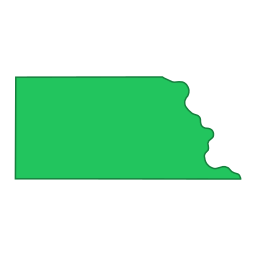 the district of Richardson, Nebraska, United States of America
{"feature_id": "52423323B40677029402754", "entity_name": "Richardson", "entity_type": "district", "adm_level": 2, "iso_a3": "USA", "parent_name": "United States of America", "parent_adm1": "Nebraska", "projection": "robinson", "projection_center": [-95.464, 40.131], "detail": "fine", "context": "isolated", "style": "filled", "palette": "green", "viewbox_px": 256, "rotation_deg": 0, "n_neighbors": 0, "source": "geoboundaries", "source_scale": "gbopen_adm2", "svg_char_len": 1139}
<svg xmlns="http://www.w3.org/2000/svg" viewBox="0 0 256 256"><path d="M86.7,178.8L86.8,178.8L87.9,178.8L219.2,179.0L230.5,179.0L240.6,179.0L240.6,178.2L239.7,176.0L239.4,175.3L238.4,174.3L237.5,173.9L234.2,172.9L231.7,171.6L228.4,168.0L227.6,167.6L225.1,166.7L222.8,166.7L216.7,168.4L215.3,168.6L213.9,168.5L212.6,168.1L210.4,167.1L208.9,166.1L206.9,164.0L205.8,162.2L205.0,160.1L204.3,156.0L204.6,154.6L205.3,153.1L206.5,151.8L208.1,150.1L208.5,148.2L208.3,146.2L207.8,143.4L208.8,140.8L211.2,138.8L212.1,138.0L213.1,136.8L213.4,135.7L213.5,133.9L213.3,132.6L212.7,131.2L211.6,129.8L209.8,128.8L208.2,128.4L205.1,128.1L203.3,127.3L202.0,126.2L201.3,125.1L200.9,124.1L200.5,122.1L200.4,119.4L200.1,118.2L199.6,117.2L198.2,115.8L197.5,115.4L193.6,114.1L191.7,113.1L188.4,110.1L186.8,108.1L185.8,106.7L185.2,105.6L184.8,104.1L184.7,102.1L184.8,100.8L186.2,97.7L187.7,95.9L188.3,94.4L188.8,92.7L188.9,90.2L188.7,89.1L188.0,87.1L186.4,84.5L184.7,83.1L183.7,82.5L182.3,82.0L179.1,81.8L174.2,82.2L172.1,81.8L164.1,78.1L162.4,77.0L15.8,77.2L15.4,178.8L32.2,178.8L56.5,178.8L86.7,178.8Z" fill="#22c55e" stroke="#15803d" stroke-width="1.5"/></svg>